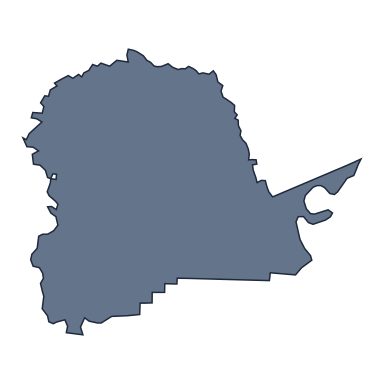 outline of Nova Palma, Rio Grande do Sul, Brazil
{"feature_id": "56859067B37281220773300", "entity_name": "Nova Palma", "entity_type": "district", "adm_level": 2, "iso_a3": "BRA", "parent_name": "Brazil", "parent_adm1": "Rio Grande do Sul", "projection": "equal_earth", "projection_center": [-53.411, -29.433], "detail": "fine", "context": "isolated", "style": "filled", "palette": "slate", "viewbox_px": 384, "rotation_deg": 0, "n_neighbors": 0, "source": "geoboundaries", "source_scale": "gbopen_adm2", "svg_char_len": 2230}
<svg xmlns="http://www.w3.org/2000/svg" viewBox="0 0 384 384"><path d="M332.5,213.0L328.1,209.8L314.5,214.1L310.5,213.6L306.3,208.8L303.9,201.1L305.3,195.5L313.1,187.2L317.1,185.6L320.8,185.6L324.5,187.5L329.8,193.5L334.4,194.5L337.5,192.0L347.1,178.3L353.8,175.5L355.6,171.2L358.2,164.6L361.0,159.0L348.0,164.9L272.6,196.9L268.8,191.8L266.9,186.7L265.3,180.6L261.3,180.4L257.1,182.6L255.8,177.5L253.3,170.4L252.5,164.9L256.8,164.1L256.1,159.8L252.2,159.6L248.6,159.9L249.3,154.3L248.3,149.1L246.0,143.3L242.6,139.9L240.1,135.5L240.9,130.8L238.4,125.6L238.2,120.1L234.8,118.4L237.2,114.9L234.3,111.8L234.6,105.4L231.3,102.6L227.1,99.7L223.1,97.2L221.0,91.1L222.8,85.6L217.9,82.0L216.1,74.7L213.3,70.8L209.1,74.2L203.0,72.9L198.8,73.9L196.3,70.8L193.2,68.6L188.6,66.4L185.3,68.8L181.8,68.6L178.2,69.5L172.8,67.4L168.1,63.7L161.7,66.4L157.9,66.7L154.3,66.2L150.4,62.2L146.8,60.3L143.4,55.8L137.0,51.8L133.7,50.4L128.3,49.2L126.9,55.0L128.2,62.0L116.8,60.3L109.7,66.2L100.9,63.1L97.5,66.2L92.6,64.5L88.8,70.4L83.9,72.9L81.7,76.9L78.6,74.4L72.8,78.3L68.3,75.6L62.1,78.8L54.5,83.1L57.0,86.0L50.3,89.9L48.5,96.3L44.8,95.8L40.6,102.8L43.9,106.6L42.2,113.2L36.8,112.8L32.8,112.5L31.3,117.8L36.8,118.8L41.9,122.0L29.2,133.6L26.3,139.7L23.0,137.9L26.9,146.7L33.2,147.2L38.5,150.9L32.3,154.3L33.5,164.2L40.1,165.2L45.4,170.3L47.6,177.5L50.8,178.7L50.3,183.1L47.2,191.8L49.1,195.7L55.4,201.2L57.9,204.2L56.3,209.6L51.5,206.5L47.6,206.8L50.8,213.0L55.9,216.6L57.9,225.1L53.6,230.8L47.6,234.2L42.8,234.2L38.7,236.2L37.2,248.3L31.9,254.2L30.7,259.7L33.1,266.2L39.4,267.7L42.7,273.3L43.4,278.4L40.5,283.4L42.3,291.0L43.8,296.3L42.2,308.7L47.5,315.7L48.9,321.8L53.3,323.7L56.7,322.0L64.9,319.8L67.6,326.3L66.3,332.7L82.9,334.8L80.5,327.1L84.6,317.8L89.2,321.2L97.6,323.0L101.2,323.0L111.7,316.4L127.7,315.7L139.7,314.5L140.1,303.1L145.4,303.1L152.1,302.9L152.2,292.4L164.6,292.4L164.8,283.7L176.9,284.0L177.2,278.2L188.9,278.4L225.0,279.4L269.4,280.6L270.3,272.8L295.5,274.9L301.5,267.8L311.8,260.2L310.5,255.6L304.7,248.6L300.0,239.5L296.0,221.9L298.2,216.7L303.5,216.6L308.4,222.6L313.1,224.3L325.6,220.0L330.4,216.8L332.5,213.0ZM50.8,178.7L52.9,173.8L56.5,174.3L56.1,179.4L50.8,178.7Z" fill="#64748b" stroke="#1e293b" stroke-width="1.5"/></svg>